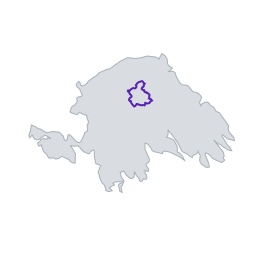 where Laoighis sits in Ireland, rotated 249°
{"feature_id": "IRL-723", "entity_name": "Laoighis", "entity_type": "County", "adm_level": 1, "iso_a3": "IRL", "parent_name": "Ireland", "parent_adm1": "", "projection": "orthographic", "projection_center": [-7.345, 52.994], "detail": "fine", "context": "in_parent", "style": "outline", "palette": "violet", "viewbox_px": 256, "rotation_deg": 249, "n_neighbors": 0, "source": "natural_earth", "source_scale": "10m", "svg_char_len": 5954}
<svg xmlns="http://www.w3.org/2000/svg" viewBox="0 0 256 256"><g transform="rotate(249 128 128)"><path d="M158.2,46.1L153.7,49.3L153.0,50.5L151.7,55.3L151.6,56.7L148.8,62.1L147.2,63.2L144.8,64.0L143.4,64.9L141.7,64.4L139.6,64.5L138.5,65.5L138.5,66.2L139.2,67.1L143.1,69.6L142.9,70.6L141.8,71.7L134.6,74.6L132.4,76.3L131.7,77.5L132.4,79.4L138.1,85.3L139.1,85.9L139.9,89.3L145.0,90.7L147.0,92.9L148.8,93.4L152.7,93.2L154.3,94.0L155.2,93.4L155.7,92.3L160.1,88.1L158.7,85.1L163.1,79.8L164.3,79.9L166.4,81.5L168.1,83.7L168.6,86.7L170.3,89.3L171.3,90.3L174.1,90.8L174.8,91.8L174.3,95.7L174.7,97.0L181.9,96.8L184.7,95.1L187.2,95.3L188.5,97.1L189.0,98.8L186.9,99.5L184.7,99.2L183.6,100.4L183.6,102.7L184.4,105.6L185.9,107.6L187.2,112.3L188.2,117.4L189.8,120.5L190.2,124.4L190.0,126.3L190.4,129.7L189.7,130.9L190.3,134.1L193.1,144.5L193.8,152.6L192.5,155.6L190.8,158.5L189.7,161.9L188.9,165.6L188.4,171.6L184.7,178.6L183.1,180.4L181.2,181.5L185.4,186.3L182.0,188.5L178.3,189.2L174.2,188.0L171.6,188.2L168.4,190.8L167.6,190.3L166.1,186.3L164.9,190.4L162.6,191.8L158.5,191.5L151.7,192.6L149.1,193.8L148.0,195.6L147.2,197.7L146.1,199.0L144.9,199.6L139.6,201.2L138.6,201.8L136.1,205.2L132.9,207.2L130.2,207.7L127.9,205.7L126.9,204.5L125.8,203.9L122.2,203.9L123.3,204.5L124.0,206.0L124.4,208.7L123.9,211.3L122.1,212.6L120.0,212.8L116.5,215.5L112.0,216.2L109.6,218.7L94.7,222.6L93.8,222.6L91.8,221.5L89.6,220.9L87.4,221.2L81.1,223.4L78.1,222.8L82.1,217.0L87.4,214.2L87.9,213.4L86.3,212.9L76.4,214.7L73.0,216.3L69.6,216.7L71.2,214.1L75.7,210.5L79.6,208.2L81.3,206.1L86.0,203.8L71.0,208.4L67.1,207.6L66.3,206.1L63.2,206.7L62.2,203.2L66.9,198.2L69.6,196.0L72.7,194.9L75.7,193.3L76.9,191.2L75.6,190.5L66.6,190.7L62.4,190.0L62.7,188.4L63.6,186.5L68.1,183.5L70.5,183.1L72.6,183.5L76.3,185.5L81.3,185.1L79.3,183.0L79.1,178.8L77.5,177.4L79.6,175.5L82.0,174.4L86.0,170.6L87.4,170.0L95.1,169.3L103.3,167.4L111.6,164.7L107.4,163.0L105.5,160.8L102.2,165.0L99.8,166.6L93.2,167.3L91.2,166.8L88.3,165.4L87.4,165.8L86.5,166.9L82.1,168.8L77.5,169.2L82.9,165.5L89.8,159.1L91.4,157.1L93.6,153.6L93.0,151.9L91.7,151.0L96.7,143.7L98.4,142.4L101.5,142.3L103.8,141.2L104.8,141.2L105.7,140.8L107.8,138.6L104.7,137.1L101.6,136.3L91.8,136.8L90.6,136.6L89.4,135.9L88.6,134.9L88.1,132.3L87.4,131.7L85.2,131.7L83.0,132.4L81.5,132.2L80.1,131.1L82.5,128.6L79.5,127.9L76.4,128.3L73.9,127.4L73.8,125.8L75.1,124.2L73.6,122.6L73.4,120.7L75.0,119.8L76.8,120.2L80.4,118.9L85.1,118.3L81.2,116.8L79.6,115.5L79.6,113.7L80.0,112.1L84.6,109.6L89.5,108.6L89.2,106.8L89.6,104.9L84.8,104.2L79.9,105.4L80.5,101.7L81.8,98.5L82.1,96.3L81.9,94.0L79.7,94.9L79.5,91.6L78.6,89.3L75.2,90.8L75.4,87.8L76.5,85.8L78.2,84.9L80.0,85.4L83.2,85.5L86.3,84.0L90.8,83.8L97.9,84.5L102.6,89.0L103.9,88.2L105.9,85.5L106.9,85.2L114.2,86.6L118.7,88.3L120.0,87.8L119.4,84.7L117.8,82.5L119.9,79.8L122.3,77.9L123.9,77.0L127.6,75.9L129.2,74.8L130.3,71.2L132.1,68.2L122.8,69.7L114.1,66.0L115.6,63.5L117.4,62.1L120.6,61.1L121.0,59.8L122.6,58.7L125.3,55.9L124.4,52.1L124.9,49.4L126.9,47.7L127.5,45.1L128.4,43.3L132.3,42.6L136.0,40.9L141.7,40.7L143.2,41.4L142.9,38.4L145.5,38.0L146.6,38.6L147.0,40.8L148.3,42.2L148.6,44.6L147.8,46.5L146.4,47.9L147.7,49.4L145.7,52.1L147.8,50.9L150.8,48.3L150.7,46.2L150.2,43.5L149.3,41.1L149.7,38.4L151.4,36.7L155.8,35.9L154.0,32.9L155.6,32.6L157.4,33.2L159.9,35.6L165.4,38.9L162.7,41.8L159.5,43.9L158.2,46.1ZM79.0,102.9L78.8,104.3L76.7,102.4L75.7,100.5L69.9,99.3L72.4,97.5L73.6,98.1L77.7,98.4L78.9,99.2L79.0,102.9Z" fill="#d9dde1" stroke="#a8b0b8" stroke-width="1"/><path d="M166.9,155.0L166.9,155.6L166.9,156.9L166.9,157.1L166.7,157.9L166.5,158.1L166.2,158.3L164.3,158.9L163.5,159.5L163.2,159.2L163.0,158.9L163.0,158.7L162.8,158.4L162.6,158.1L161.6,157.9L161.4,157.7L161.2,157.3L161.0,157.0L160.9,156.9L160.9,156.6L160.9,156.2L160.9,155.9L159.8,154.9L159.6,154.8L159.4,154.8L159.1,154.9L157.8,155.9L157.8,156.0L157.7,156.4L157.6,156.6L157.3,156.7L157.0,156.6L156.4,156.4L156.0,156.4L155.8,156.5L155.4,156.8L155.3,157.0L155.1,157.2L155.0,157.5L154.8,158.0L154.7,158.1L154.3,158.0L154.1,158.0L153.8,158.3L153.6,158.5L153.4,158.9L153.2,159.1L152.9,159.3L151.4,159.9L151.1,159.9L150.8,159.8L150.6,159.6L150.2,159.3L150.1,159.2L149.7,159.1L149.1,158.8L148.6,158.7L148.4,158.5L148.2,158.4L148.1,158.2L147.9,158.3L147.6,158.4L147.0,159.0L146.8,159.3L146.7,159.6L146.6,159.8L146.4,159.9L145.0,160.2L144.7,158.5L144.5,158.0L144.2,157.7L143.7,157.0L143.6,156.7L143.8,156.0L143.8,155.4L143.9,155.1L144.0,154.8L144.3,154.2L144.6,153.9L145.1,153.5L145.2,153.3L145.3,153.1L145.2,152.9L144.2,152.7L143.8,152.4L143.7,152.3L143.5,152.0L143.2,151.5L143.7,150.9L143.9,150.6L144.0,150.4L144.1,150.2L144.2,149.3L144.4,148.7L144.5,148.3L144.6,148.2L145.2,147.7L145.3,147.5L145.4,147.4L145.5,147.3L145.6,146.9L145.6,146.7L145.9,146.5L146.6,145.9L146.8,145.7L147.0,145.4L147.0,145.2L147.2,144.9L147.3,144.7L147.2,144.4L146.9,144.1L146.1,142.9L146.0,142.6L145.9,142.4L145.9,142.2L145.9,141.9L145.9,141.7L146.0,141.5L146.1,141.4L146.3,141.2L150.2,140.0L150.5,140.0L150.9,140.0L151.8,140.3L152.1,140.3L152.2,140.2L152.3,140.0L152.3,139.7L152.5,139.5L152.6,139.3L152.9,139.2L153.6,139.0L153.8,139.1L154.1,139.1L154.5,139.4L154.7,139.6L154.8,139.7L155.5,140.9L155.5,141.0L155.6,141.6L155.6,141.8L155.7,142.0L155.8,142.3L155.9,142.5L156.1,142.6L156.4,142.7L157.1,142.7L157.7,142.6L158.6,142.1L158.9,141.9L159.4,141.8L160.7,141.8L161.0,141.9L161.5,141.8L162.1,141.1L162.7,141.1L162.8,141.2L163.0,141.4L163.0,141.6L162.9,141.8L162.7,142.0L162.4,142.0L162.2,142.3L162.1,142.6L162.1,142.8L162.3,143.1L162.8,143.9L163.2,145.0L163.3,145.7L163.4,146.5L163.4,147.2L163.4,147.3L163.3,147.5L163.2,147.6L162.7,148.2L162.6,148.4L162.5,148.6L162.5,149.1L162.6,149.4L162.7,149.6L162.8,149.8L163.0,150.2L163.1,150.3L163.3,150.5L163.5,150.6L163.9,150.7L164.2,150.8L164.4,150.9L164.5,150.9L164.8,150.9L165.1,150.7L165.4,150.9L165.7,151.4L166.7,153.2L166.8,153.6L166.9,154.2L166.9,154.4L166.9,155.0Z" fill="none" stroke="#5b21b6" stroke-width="2"/></g></svg>